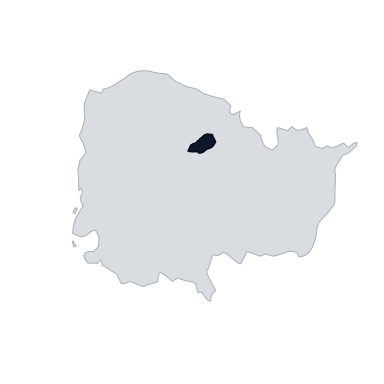 Sangkum Thmei, Preah Vihéar, Cambodia shown in context, rotated 24°
{"feature_id": "14789045B6075848816012", "entity_name": "Sangkum Thmei", "entity_type": "district", "adm_level": 2, "iso_a3": "KHM", "parent_name": "Cambodia", "parent_adm1": "Preah Vihéar", "projection": "mercator", "projection_center": [104.719, 13.488], "detail": "fine", "context": "in_parent", "style": "filled", "palette": "ink", "viewbox_px": 384, "rotation_deg": 24, "n_neighbors": 0, "source": "geoboundaries", "source_scale": "gbopen_adm2", "svg_char_len": 6020}
<svg xmlns="http://www.w3.org/2000/svg" viewBox="0 0 384 384"><g transform="rotate(24 192 192)"><path d="M322.5,79.7L323.4,82.6L321.2,88.1L318.9,93.1L314.6,97.4L314.4,100.6L312.9,110.2L313.5,113.2L314.5,115.8L315.9,117.2L319.6,126.5L323.0,135.0L326.3,142.0L326.9,146.4L323.9,157.5L320.3,167.7L320.6,172.8L322.1,177.9L323.8,184.7L324.4,193.4L323.5,199.1L321.9,202.6L318.8,206.2L316.1,208.0L312.9,205.0L310.3,204.8L306.9,205.8L304.1,207.2L298.6,212.5L292.5,217.6L284.0,218.9L280.7,222.7L277.2,223.2L270.5,223.4L266.1,224.3L266.3,226.2L265.9,235.3L266.0,237.4L265.3,238.0L262.3,238.2L257.2,236.8L250.2,234.6L245.3,234.3L242.7,238.2L241.2,239.7L239.3,240.0L237.4,240.7L236.7,242.4L236.6,244.6L237.5,248.4L237.9,254.4L237.6,258.4L239.4,261.0L250.0,269.6L253.2,271.8L253.5,273.1L251.7,277.8L253.3,284.4L250.0,284.3L244.5,281.4L241.8,279.7L238.6,281.1L237.5,280.8L235.3,277.6L232.5,274.3L229.5,274.0L223.3,275.4L217.0,276.3L214.6,276.3L213.6,276.9L210.0,281.8L208.4,280.9L202.1,279.1L196.2,278.3L195.0,279.6L195.8,283.6L197.0,287.6L196.3,289.2L193.1,291.3L188.9,295.0L186.3,297.9L184.5,298.6L178.1,298.5L171.7,298.9L169.1,301.6L166.7,303.8L164.6,304.3L156.3,297.6L139.6,295.2L137.8,292.2L136.2,291.7L134.7,295.5L125.6,299.3L121.8,297.0L119.0,294.3L119.4,291.0L122.0,288.2L126.6,286.3L128.7,279.5L125.2,270.7L122.2,268.1L119.0,266.1L115.6,269.4L112.8,274.9L109.9,277.8L105.7,278.5L99.6,278.2L97.2,269.9L96.4,262.8L97.3,254.6L98.2,249.8L92.3,243.1L92.0,236.7L89.2,233.5L88.3,235.1L88.4,236.9L87.6,235.6L78.3,216.9L76.8,208.3L78.4,201.6L79.3,199.4L76.6,195.9L72.9,191.9L66.2,186.6L65.8,178.3L64.3,168.5L62.3,165.2L59.3,159.2L57.6,154.2L57.1,141.0L57.9,139.9L62.6,139.6L68.7,138.6L69.6,136.5L68.6,134.7L72.4,131.7L78.0,125.1L82.2,118.3L85.3,113.9L87.2,109.6L93.4,103.5L102.0,99.3L107.8,98.3L113.9,96.9L119.7,94.8L122.4,94.6L129.7,97.1L133.6,97.8L137.7,97.7L141.9,98.0L145.6,97.7L154.5,96.0L163.9,97.4L172.3,96.3L182.6,94.3L187.7,95.6L192.4,97.5L193.0,101.6L194.1,103.4L195.6,104.9L197.7,104.9L200.3,102.0L202.5,99.1L203.3,98.6L203.4,100.0L204.5,103.2L206.5,106.3L208.5,108.3L211.8,111.1L214.0,111.2L221.0,108.6L231.7,112.4L232.9,114.2L236.4,118.1L240.1,120.8L248.4,121.0L251.3,114.2L249.9,110.1L245.2,103.0L243.9,98.8L245.4,98.0L253.4,97.2L254.7,96.4L256.5,91.7L258.6,92.3L263.1,92.9L267.8,89.7L270.6,86.4L272.1,87.9L273.7,90.2L275.6,91.6L278.9,93.6L282.7,96.4L285.0,99.2L286.8,100.3L291.6,99.5L292.9,99.6L295.6,96.2L297.6,94.4L299.2,94.9L301.6,94.9L306.6,90.6L309.4,86.7L311.0,85.6L315.4,87.6L317.2,87.2L319.8,81.8L322.5,79.7ZM94.1,258.9L93.2,259.4L92.3,259.4L91.5,258.6L91.5,255.6L92.2,253.8L93.7,253.4L94.1,258.9ZM108.0,288.4L106.2,290.4L103.2,286.2L103.2,285.1L108.0,288.4Z" fill="#d9dde1" stroke="#a8b0b8" stroke-width="1"/><path d="M183.4,153.4L183.6,153.1L183.8,153.0L184.0,152.8L184.2,152.6L184.5,152.3L184.7,152.1L184.9,151.9L185.1,151.8L185.3,151.7L185.5,151.5L185.6,151.4L185.8,151.2L186.0,150.9L186.3,150.6L186.4,150.3L186.5,150.1L186.6,149.9L186.8,149.7L186.9,149.3L187.0,149.1L187.1,148.6L187.2,148.4L187.3,148.2L187.5,147.9L187.6,147.7L187.8,147.3L188.1,147.0L188.3,146.8L188.4,146.6L188.6,146.5L188.8,146.3L188.9,146.2L189.1,146.1L189.2,145.9L189.4,145.7L189.6,145.6L189.8,145.4L190.0,145.2L190.3,144.9L190.5,144.6L190.7,144.4L190.8,144.2L191.0,144.0L191.2,143.9L191.3,143.7L191.5,143.5L191.7,143.3L191.8,143.2L191.9,142.9L192.0,142.7L192.1,142.4L192.2,142.1L192.3,141.7L192.5,141.3L192.5,141.2L192.7,140.8L192.7,140.6L192.8,140.4L192.8,140.1L192.8,139.9L192.8,139.7L192.9,139.4L192.9,139.1L192.9,138.9L192.9,138.6L193.0,138.4L193.0,138.1L193.0,137.7L193.1,137.3L193.1,137.1L193.2,136.7L191.8,135.4L189.5,133.5L189.1,133.2L188.9,133.0L188.7,132.8L188.5,132.6L188.3,132.4L188.0,132.2L187.7,131.9L187.5,131.7L187.1,131.3L186.8,131.4L186.6,131.5L186.3,131.6L185.8,131.8L185.6,131.9L185.3,132.0L185.1,132.0L184.7,132.1L184.4,132.2L184.1,132.3L183.9,132.3L183.7,132.4L183.3,132.5L183.0,132.6L182.8,132.6L182.5,132.8L182.3,132.9L182.1,133.0L181.8,133.2L181.4,133.6L181.2,133.8L181.0,134.0L180.9,134.1L180.8,134.3L180.7,134.3L180.5,134.5L180.4,134.6L180.2,134.9L180.1,135.2L180.0,135.4L179.9,135.5L179.7,135.7L179.7,135.8L179.6,136.0L179.3,136.6L179.2,136.8L179.1,137.0L179.1,137.4L179.0,137.6L179.0,137.8L178.9,138.0L178.7,138.3L178.5,138.6L178.2,139.0L178.0,139.5L177.9,139.7L177.7,140.0L177.5,140.3L177.4,140.5L177.4,140.8L177.3,141.0L177.4,141.3L177.5,141.4L177.6,141.5L177.6,141.8L177.5,142.0L177.4,142.0L177.2,142.2L177.2,142.3L176.9,142.4L176.8,142.5L176.7,142.8L176.4,142.9L176.3,143.0L176.2,143.2L176.1,143.3L176.0,143.5L176.0,143.8L176.1,144.1L176.1,144.3L176.0,144.5L176.0,144.8L175.9,145.0L175.6,145.3L175.5,145.5L175.4,145.6L175.3,145.8L175.3,146.0L175.2,146.1L175.0,146.3L174.9,146.3L174.7,146.5L174.4,146.7L174.3,146.8L174.1,146.9L174.0,147.0L173.9,147.1L173.7,147.2L173.6,147.3L173.4,147.4L173.3,147.5L173.2,147.6L173.1,147.8L173.0,148.1L172.9,148.2L172.9,148.3L172.8,148.6L172.7,148.6L172.6,148.8L172.4,149.0L172.2,149.1L172.1,149.4L172.0,149.5L172.0,149.8L171.9,149.9L171.9,150.0L171.8,150.3L171.8,150.5L171.8,150.8L171.8,151.0L171.8,151.4L171.9,151.5L171.8,151.8L171.8,152.0L172.0,152.3L172.1,152.5L172.0,152.8L171.9,152.9L171.8,153.2L171.7,153.4L171.7,153.6L171.7,153.8L171.8,154.2L171.8,154.3L171.9,154.5L172.0,154.7L172.0,154.8L172.0,155.0L171.9,155.3L171.9,155.5L171.8,155.8L171.7,155.9L171.7,156.1L171.8,156.1L172.0,156.1L172.9,156.0L173.2,155.9L173.5,155.9L174.0,155.7L174.3,155.7L174.5,155.6L174.8,155.5L175.3,155.3L175.5,155.2L175.8,155.1L176.3,155.0L176.5,154.9L176.8,154.7L177.0,154.7L177.4,154.4L177.6,154.2L177.8,154.2L178.0,154.1L178.3,154.0L178.5,153.9L178.7,153.7L178.8,153.6L178.8,153.4L179.0,153.4L179.2,153.2L179.3,153.2L179.4,153.3L179.5,153.3L179.8,153.4L180.0,153.3L180.0,153.2L180.3,153.0L180.5,153.0L180.7,152.9L180.8,152.9L180.9,153.0L181.0,152.9L181.0,153.0L181.3,153.0L181.3,152.9L181.5,152.9L181.8,152.9L181.8,153.0L182.0,153.0L182.1,153.3L182.3,153.4L182.4,153.5L182.5,153.5L182.9,153.4L183.0,153.4L183.4,153.4Z" fill="#0f172a" stroke="#020617" stroke-width="1.5"/></g></svg>